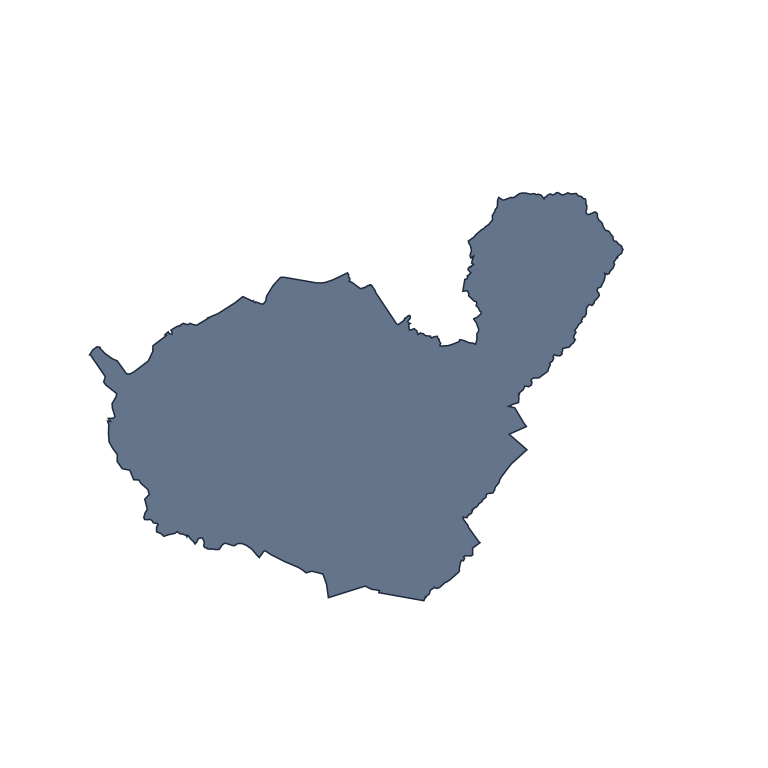 the district of Musi Rawas, Sumatera Selatan, Indonesia, rotated 144°
{"feature_id": "22746128B56500782521831", "entity_name": "Musi Rawas", "entity_type": "district", "adm_level": 2, "iso_a3": "IDN", "parent_name": "Indonesia", "parent_adm1": "Sumatera Selatan", "projection": "mercator", "projection_center": [103.025, -3.175], "detail": "fine", "context": "isolated", "style": "filled", "palette": "slate", "viewbox_px": 768, "rotation_deg": 144, "n_neighbors": 0, "source": "geoboundaries", "source_scale": "gbopen_adm2", "svg_char_len": 6171}
<svg xmlns="http://www.w3.org/2000/svg" viewBox="0 0 768 768"><g transform="rotate(144 384 384)"><path d="M441.8,528.5L446.8,537.7L457.0,537.3L477.0,538.5L487.5,541.0L487.3,540.5L501.1,541.7L503.6,544.4L505.2,547.1L507.9,547.2L508.6,548.5L509.5,549.0L510.4,550.9L513.7,551.4L515.6,550.8L516.1,551.8L518.1,552.3L524.7,552.8L525.1,550.5L525.9,549.0L527.4,549.8L528.1,551.2L527.9,553.1L532.4,552.6L531.7,551.1L548.4,550.8L552.0,546.2L561.1,541.2L579.4,540.8L583.6,541.4L586.3,543.7L586.2,559.6L588.7,563.6L591.8,572.6L592.8,579.9L592.1,580.5L594.2,582.8L599.5,582.8L604.9,580.7L604.4,580.4L605.2,553.7L609.6,550.4L609.7,546.9L605.9,533.3L608.6,531.0L615.5,528.0L618.0,524.0L620.8,515.7L622.8,515.3L627.3,518.2L627.3,514.5L629.4,516.6L630.6,512.9L636.0,505.9L640.4,498.9L641.3,491.4L641.3,483.6L645.4,478.2L645.6,469.4L640.3,463.6L642.8,453.7L638.7,450.4L639.1,446.7L637.1,437.6L638.7,432.7L645.3,431.4L649.0,421.9L653.5,419.9L656.9,417.1L657.3,415.0L654.5,412.7L652.9,412.2L652.0,409.8L652.3,407.4L649.6,404.6L649.3,403.1L651.8,402.2L654.5,398.8L654.8,397.8L652.4,394.2L651.6,390.1L646.9,388.7L641.2,386.1L638.1,386.1L637.2,382.9L634.7,380.3L633.1,377.8L633.3,376.2L632.1,377.2L631.5,376.8L631.6,373.1L630.8,368.5L630.9,365.6L628.2,366.3L625.1,368.1L621.5,366.4L622.1,362.3L622.9,360.9L624.9,359.2L625.2,357.7L625.1,356.8L623.6,355.5L623.9,354.6L623.4,353.9L618.3,350.1L618.1,349.4L614.6,347.0L609.4,348.9L607.1,348.9L605.7,348.2L601.0,341.8L599.9,341.1L596.6,340.9L595.4,340.4L592.6,338.3L590.2,334.4L588.1,328.5L587.2,317.9L586.9,317.1L586.8,316.8L585.6,317.5L584.4,317.6L580.2,319.2L578.7,319.3L578.2,318.8L575.7,312.3L568.5,298.2L561.3,286.3L559.3,281.7L558.0,277.0L552.3,274.9L545.1,266.1L548.2,255.7L554.6,243.8L518.1,231.6L514.8,225.3L509.1,219.7L510.9,218.3L479.1,185.2L475.7,187.4L475.7,186.8L473.1,187.5L471.7,187.3L470.4,187.8L467.7,189.9L462.9,189.7L462.8,190.7L462.7,189.5L461.6,187.7L458.7,186.7L451.5,187.5L449.4,186.9L445.5,186.8L434.0,187.9L432.4,188.9L432.1,189.9L426.9,194.8L424.6,195.6L423.7,194.3L421.2,195.6L421.4,198.1L421.3,197.4L419.5,197.4L414.4,193.7L412.7,193.6L408.8,199.1L399.6,199.2L400.0,200.8L399.9,218.8L399.2,220.1L399.3,227.7L398.3,229.8L397.6,228.7L396.0,227.9L395.6,227.0L393.8,228.1L391.8,228.1L391.7,228.6L389.5,227.9L386.9,229.4L387.0,230.4L384.3,230.2L383.8,230.7L382.0,230.1L379.3,230.6L377.8,231.3L374.0,231.3L371.7,232.4L368.2,232.4L366.0,234.4L364.1,234.2L360.1,231.9L356.7,233.2L355.9,234.3L354.1,235.3L349.2,236.5L346.1,238.8L343.5,239.9L328.3,244.5L307.0,246.8L312.3,269.8L293.8,265.9L293.8,270.3L292.2,287.9L296.3,292.7L293.8,292.0L292.1,292.0L286.1,289.9L283.1,293.3L282.2,295.2L280.4,296.0L280.9,297.1L274.9,297.5L271.2,299.5L268.4,296.6L265.2,296.6L263.1,298.6L263.0,300.9L261.2,301.2L258.9,300.5L255.1,297.9L244.0,298.0L241.6,299.9L238.2,301.8L237.8,303.4L234.3,303.5L231.3,305.3L231.2,306.7L228.9,307.7L227.7,305.4L226.6,304.7L227.1,304.2L226.5,304.7L225.2,303.4L222.7,303.4L221.8,304.2L221.8,304.9L220.1,305.8L218.5,307.7L214.9,306.0L214.8,306.3L213.1,305.1L210.9,305.2L209.3,305.9L206.7,305.9L203.0,307.5L203.5,308.9L203.3,310.1L201.2,311.7L198.2,312.9L198.4,315.2L193.9,316.5L191.3,317.8L187.3,318.0L186.9,319.5L185.4,320.0L184.6,320.9L182.8,320.8L182.3,320.3L179.2,321.8L175.4,326.5L171.1,327.8L169.8,325.4L168.3,325.3L167.5,325.9L166.4,326.0L165.3,327.3L161.0,327.9L157.8,329.0L156.8,331.2L156.9,334.1L154.8,335.9L151.5,335.0L144.9,338.5L141.9,341.0L140.3,343.8L139.0,341.4L136.5,341.1L135.5,342.1L130.5,343.2L127.0,345.4L126.8,347.3L122.6,348.8L120.9,348.9L121.3,349.6L118.2,350.1L115.0,350.1L111.9,352.3L111.0,352.3L111.8,352.7L110.7,356.0L111.9,358.9L112.3,363.1L113.7,364.2L113.9,365.5L112.1,368.9L112.5,371.3L112.2,375.2L113.3,377.0L114.1,377.5L114.5,378.8L114.1,382.6L113.1,385.1L113.0,386.9L113.8,391.1L112.9,394.2L111.3,396.3L111.5,398.0L112.2,399.3L118.6,400.6L120.1,402.8L119.3,404.9L117.5,406.0L115.0,409.1L114.9,410.8L112.6,414.1L112.4,415.5L114.0,417.2L114.0,419.7L116.1,421.7L116.5,425.2L121.3,428.0L122.8,430.6L127.0,431.3L128.9,432.5L130.7,436.5L132.1,437.5L134.3,437.2L136.2,437.7L137.6,439.9L138.8,440.4L141.0,440.6L142.8,440.1L144.2,440.5L145.7,439.7L145.8,444.4L147.8,447.0L149.8,447.8L150.3,449.6L154.3,451.8L157.0,455.1L160.0,457.3L162.5,458.4L169.0,458.5L170.1,458.9L171.7,460.4L177.8,462.0L179.8,463.0L181.5,467.5L184.0,466.0L187.9,461.1L189.9,460.0L191.5,459.8L193.1,458.4L197.4,456.6L199.7,453.1L205.5,451.5L209.5,451.6L211.8,451.0L214.1,451.5L223.0,450.7L223.7,450.0L231.8,450.1L232.6,448.0L232.8,445.2L234.1,441.9L235.1,440.2L237.5,438.6L239.0,437.1L239.7,435.0L236.3,434.8L237.8,433.6L238.7,433.5L239.6,432.1L240.6,431.9L241.3,430.7L242.1,430.3L241.3,428.2L243.4,428.0L243.9,428.3L245.1,427.5L245.7,428.4L246.4,428.5L248.2,427.8L248.7,427.4L248.8,426.4L248.2,423.0L249.2,423.1L250.8,422.4L253.1,422.6L253.2,421.4L255.5,420.4L257.1,421.2L265.7,412.7L261.9,410.5L262.2,407.6L263.7,405.6L262.3,398.0L260.9,396.3L261.5,394.8L263.5,393.1L262.9,390.4L263.6,386.6L263.1,385.0L264.2,383.8L266.7,383.5L270.0,383.2L271.8,383.9L273.3,383.9L273.4,379.1L275.2,372.7L276.8,370.9L279.3,370.1L282.7,365.4L286.5,362.4L288.4,365.3L290.7,367.0L293.6,371.9L296.3,375.2L297.0,375.2L298.3,374.1L305.3,375.9L309.9,377.5L316.2,381.6L316.4,381.3L316.0,382.6L314.2,383.6L314.1,385.9L313.2,387.6L313.6,389.6L312.8,391.2L315.7,392.9L318.6,393.3L318.7,394.0L318.2,395.3L321.8,398.5L322.6,400.5L322.5,401.5L324.3,403.2L324.4,403.9L327.5,404.1L326.1,408.1L326.8,409.6L326.9,411.0L331.5,412.3L331.5,413.4L329.0,417.6L327.1,417.5L328.3,419.4L327.9,420.8L324.5,421.6L323.0,423.1L322.9,424.4L324.2,425.0L327.5,424.7L328.6,425.0L330.0,424.0L331.6,423.6L337.6,423.8L338.2,424.2L338.5,425.1L337.0,462.3L336.2,465.2L336.1,471.8L337.2,472.5L337.6,471.9L338.6,473.0L341.5,473.4L342.2,472.9L344.2,474.2L345.3,474.0L347.2,475.4L350.3,485.5L351.8,487.2L351.8,487.6L350.5,488.1L349.6,489.6L349.6,491.6L348.3,493.3L348.2,495.4L356.9,497.0L357.2,496.6L357.1,497.0L364.5,498.4L371.8,500.7L374.5,502.1L379.2,505.5L402.1,529.1L404.6,530.9L405.6,531.0L416.0,528.8L427.5,524.0L430.8,520.7L434.8,519.7L436.2,520.9L439.5,525.8L440.4,525.5L441.4,527.9L440.9,528.2L441.8,528.5Z" fill="#64748b" stroke="#1e293b" stroke-width="1.5"/></g></svg>